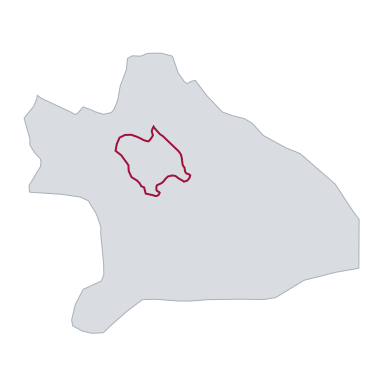 Karuzi on a map of Burundi (Mercator projection), rotated 269°
{"feature_id": "BDI-2633", "entity_name": "Karuzi", "entity_type": "Province", "adm_level": 1, "iso_a3": "BDI", "parent_name": "Burundi", "parent_adm1": "", "projection": "mercator", "projection_center": [30.088, -3.137], "detail": "fine", "context": "in_parent", "style": "outline", "palette": "rose", "viewbox_px": 384, "rotation_deg": 269, "n_neighbors": 0, "source": "natural_earth", "source_scale": "10m", "svg_char_len": 1894}
<svg xmlns="http://www.w3.org/2000/svg" viewBox="0 0 384 384"><g transform="rotate(269 192 192)"><path d="M291.4,39.0L288.3,43.0L274.1,72.1L271.4,76.5L272.9,79.2L279.0,84.7L275.4,93.8L274.0,96.3L271.3,104.8L272.8,112.7L276.2,115.6L285.4,119.4L299.3,122.1L315.6,128.6L326.6,129.8L329.2,134.5L328.7,142.9L331.4,150.3L331.4,163.3L328.2,174.8L311.3,180.2L302.7,186.1L300.3,189.1L302.5,192.6L303.6,197.2L287.8,208.7L271.5,223.7L267.6,233.8L264.4,245.8L259.6,253.4L247.2,264.4L234.6,286.5L228.4,300.9L197.3,335.4L169.8,352.7L161.7,358.6L112.9,357.5L109.2,334.3L101.8,302.5L85.0,273.8L83.2,261.8L84.0,238.6L84.1,206.1L83.0,188.6L83.3,175.9L85.4,153.7L85.2,140.5L74.1,125.2L60.4,109.0L52.9,101.0L52.6,94.6L52.6,88.7L54.8,80.1L60.2,70.4L66.2,69.4L81.0,73.2L96.5,81.4L104.6,99.8L110.9,102.4L122.3,102.4L151.4,100.0L158.7,100.3L171.9,95.9L185.1,88.1L188.9,80.1L191.9,62.0L194.7,29.6L201.4,29.2L219.8,40.8L223.7,41.5L227.6,41.1L234.0,35.4L241.8,30.7L247.6,30.9L268.9,25.4L280.4,35.2L287.6,38.3L291.4,39.0Z" fill="#d9dde1" stroke="#a8b0b8" stroke-width="1"/><path d="M191.2,145.7L197.4,144.2L198.7,141.4L201.8,139.7L204.5,137.1L207.9,131.8L214.0,129.1L219.9,128.9L230.0,121.9L234.5,116.3L241.2,117.6L247.6,120.5L250.2,126.0L250.3,132.2L247.9,138.6L244.7,144.7L243.9,146.9L243.4,149.2L244.6,150.7L247.8,153.1L249.4,153.9L251.3,153.4L253.3,152.8L255.4,153.4L256.9,154.1L258.0,154.7L256.8,155.4L250.4,160.9L248.3,163.9L232.9,179.4L229.8,181.5L226.6,182.3L219.5,183.1L218.0,183.7L217.3,184.4L216.5,184.9L213.0,185.4L211.4,186.0L210.4,187.2L210.0,188.9L208.7,190.5L206.0,189.7L203.4,187.3L202.5,184.1L203.0,183.6L206.2,178.3L207.6,176.8L208.4,175.4L208.7,173.9L208.8,171.9L207.9,168.2L205.7,165.8L203.3,163.9L201.4,161.8L199.4,157.1L198.1,156.5L194.5,156.5L193.4,157.3L192.8,158.8L191.8,159.7L189.7,158.6L188.7,156.9L188.6,155.4L189.7,152.1L191.2,145.7Z" fill="none" stroke="#9f1239" stroke-width="2"/></g></svg>